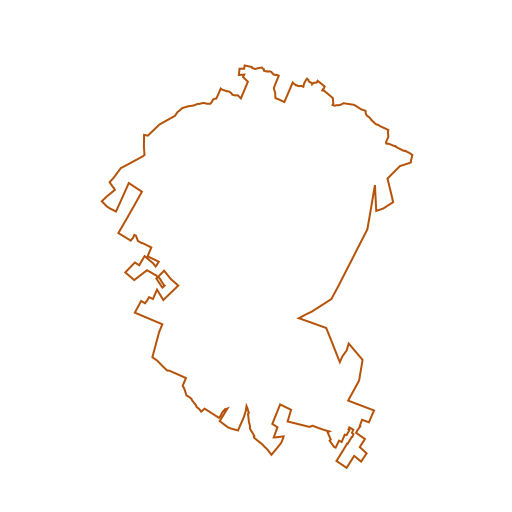 outline of Tecoh, Yucatán, Mexico, rotated 197°
{"feature_id": "50627088B87293297593146", "entity_name": "Tecoh", "entity_type": "district", "adm_level": 2, "iso_a3": "MEX", "parent_name": "Mexico", "parent_adm1": "Yucatán", "projection": "robinson", "projection_center": [-89.462, 20.666], "detail": "fine", "context": "isolated", "style": "outline", "palette": "amber", "viewbox_px": 512, "rotation_deg": 197, "n_neighbors": 0, "source": "geoboundaries", "source_scale": "gbopen_adm2", "svg_char_len": 5002}
<svg xmlns="http://www.w3.org/2000/svg" viewBox="0 0 512 512"><g transform="rotate(197 256 256)"><path d="M261.1,431.7L262.2,431.9L263.5,431.6L264.0,431.2L265.6,430.8L266.0,430.9L266.8,431.3L267.9,430.9L268.5,431.4L269.9,431.7L271.6,432.7L273.9,411.5L279.9,412.4L281.3,412.5L282.9,412.7L283.3,412.5L283.5,412.6L284.4,414.7L285.2,417.4L288.0,421.6L288.0,422.6L287.7,427.1L286.9,435.0L287.4,435.2L289.2,435.2L289.7,435.2L290.4,434.7L291.6,434.7L293.0,435.0L293.4,435.4L293.8,435.6L295.1,436.5L297.1,436.6L298.6,435.7L299.3,436.0L300.3,435.5L302.5,435.5L303.1,436.9L304.0,437.0L305.6,437.9L307.0,437.3L308.0,436.6L308.8,436.3L311.7,434.5L315.0,434.9L315.3,435.5L322.5,434.9L322.2,431.6L326.5,430.3L325.3,424.1L320.3,426.0L320.8,423.4L314.7,420.3L316.5,402.3L320.2,404.3L321.9,403.9L323.0,403.4L325.7,403.3L327.4,404.6L329.9,405.4L332.8,405.0L333.9,405.1L337.5,405.3L338.7,405.8L339.4,399.1L339.8,396.3L340.1,394.8L341.2,394.4L342.2,393.7L342.9,392.9L343.3,390.3L343.3,390.2L344.2,388.2L347.1,387.4L348.5,387.1L350.1,387.3L352.1,386.5L354.5,384.9L356.1,384.5L359.8,381.6L364.5,379.4L369.8,375.9L372.0,372.1L373.0,371.1L374.5,366.3L386.8,353.5L394.6,339.5L398.4,339.1L395.2,327.9L392.2,320.1L393.2,318.4L401.4,310.1L408.4,303.0L411.0,300.5L411.3,299.7L411.5,299.0L413.0,294.9L413.5,293.4L415.2,288.7L417.6,283.8L413.0,280.1L412.0,279.6L410.3,278.0L416.0,269.4L419.5,263.3L413.6,260.0L409.7,258.8L402.9,257.6L400.8,273.7L399.0,288.6L383.9,284.1L387.0,269.7L390.1,255.8L394.3,237.7L380.3,234.1L378.9,237.6L378.5,240.6L376.6,240.2L373.4,235.9L369.0,234.9L368.6,235.2L358.6,233.6L359.6,224.0L351.5,222.8L347.3,222.1L348.4,217.9L348.5,217.8L348.9,216.6L352.4,219.0L362.5,223.3L365.0,213.0L369.9,214.4L376.2,202.1L365.4,197.4L356.1,210.5L350.0,209.2L346.9,208.4L345.4,208.2L343.9,206.6L344.7,205.3L342.7,203.7L336.3,198.4L334.7,201.0L335.9,201.5L339.7,204.7L340.5,205.7L341.3,206.1L341.7,206.4L343.4,207.6L342.4,209.6L339.6,215.1L330.6,209.0L321.7,205.0L327.4,194.7L331.8,186.8L340.8,194.9L342.0,184.7L346.2,185.4L347.2,181.2L348.3,178.3L352.7,179.4L355.3,166.4L339.9,164.8L325.6,163.3L326.4,155.1L325.5,128.9L319.7,127.0L313.1,123.3L307.5,120.5L305.4,121.0L287.3,118.8L288.2,110.4L285.7,108.1L282.8,103.9L281.7,102.3L279.1,101.8L276.1,100.6L275.0,99.4L270.7,96.3L269.8,95.8L268.9,94.4L265.7,93.1L262.9,91.1L260.5,95.0L244.1,90.4L244.0,90.6L243.4,91.9L243.3,92.3L242.7,95.7L242.3,97.1L240.8,100.5L239.7,101.0L238.7,101.8L242.4,87.5L233.0,84.0L229.7,83.7L222.2,83.9L220.5,98.5L220.5,104.6L221.2,109.7L219.8,108.1L217.4,104.3L217.0,104.0L217.1,103.9L217.5,102.5L217.2,101.9L216.7,101.1L215.9,99.0L215.1,97.2L214.6,95.9L214.1,94.9L213.3,93.7L211.9,91.3L211.8,90.5L211.5,89.8L211.3,89.3L210.6,88.4L209.3,87.2L208.7,86.9L206.7,84.9L204.9,83.2L205.2,82.5L204.7,81.8L204.5,81.6L200.7,80.0L198.1,79.0L196.8,78.5L195.1,77.8L192.3,76.2L188.7,74.4L183.1,70.4L181.3,74.7L180.5,76.6L179.8,78.2L178.7,81.0L178.4,81.8L177.3,84.5L176.8,89.7L176.8,90.5L176.9,91.6L177.9,91.1L184.7,88.1L186.0,87.7L185.9,89.3L185.7,93.0L185.4,98.5L191.3,100.2L189.5,121.1L177.5,119.2L177.4,107.0L154.9,108.2L152.4,110.2L147.5,109.9L145.7,109.8L141.8,109.6L138.3,109.6L134.6,109.7L136.0,108.4L135.0,107.2L130.8,102.3L131.6,100.9L125.5,96.2L123.8,96.0L122.6,103.7L119.7,103.2L118.9,111.1L117.0,111.2L116.3,114.6L115.9,116.2L115.8,117.0L116.9,117.3L116.6,119.1L116.6,119.4L112.2,118.4L112.5,114.9L112.2,114.8L110.7,114.2L111.0,111.1L111.6,110.9L111.6,110.6L111.8,109.7L112.5,107.1L112.7,106.2L113.5,103.2L114.0,103.3L116.0,95.1L119.1,83.5L107.4,79.9L103.7,93.5L102.1,93.0L101.8,92.8L95.4,90.1L92.5,99.6L100.9,103.6L98.3,112.8L107.2,115.7L108.6,116.2L108.6,116.3L108.1,118.6L108.1,119.0L107.6,120.3L106.5,123.6L107.1,123.7L106.7,130.4L99.4,130.0L98.0,142.8L124.7,144.6L125.6,144.7L121.0,167.0L123.7,187.8L141.7,199.4L141.7,192.0L144.0,185.5L144.8,179.0L152.4,188.5L164.3,203.4L167.8,207.7L193.1,208.9L193.3,209.0L196.9,209.0L191.2,214.7L191.1,214.8L186.5,219.0L171.3,236.9L168.4,251.7L163.4,279.7L161.4,291.2L157.3,314.1L158.6,324.6L163.0,358.6L154.2,334.3L148.3,338.5L140.6,347.6L145.1,355.4L152.9,368.5L144.6,384.1L136.0,390.1L135.4,390.8L135.2,391.3L135.7,392.0L135.7,393.2L136.0,398.3L140.0,399.6L141.1,399.6L144.3,400.3L145.4,399.7L153.8,401.2L155.0,402.0L155.7,401.6L161.6,402.1L164.4,401.6L164.9,402.8L164.3,408.8L166.1,413.1L166.3,415.2L169.6,415.7L175.2,416.4L175.9,416.6L178.1,417.3L178.9,416.9L179.9,417.1L182.1,418.1L182.6,418.6L183.7,418.8L184.6,419.5L185.3,419.6L186.2,420.5L187.9,421.6L190.8,422.6L192.0,423.5L192.3,423.9L192.8,424.5L193.5,426.6L194.0,426.9L198.1,427.0L199.0,427.2L203.8,428.6L206.5,429.2L216.9,427.7L219.6,425.1L221.6,424.1L222.6,424.0L224.7,422.7L226.9,422.8L226.5,423.9L228.7,429.5L239.3,434.0L241.1,433.7L241.1,433.8L240.4,435.9L240.1,436.1L239.9,438.2L248.3,441.6L248.6,439.7L251.7,438.3L252.6,436.5L253.5,437.7L254.0,438.0L254.6,438.0L255.5,438.0L256.6,438.5L257.1,439.1L257.4,439.8L258.1,440.0L259.1,440.5L259.9,437.9L260.4,435.0L260.2,431.7L261.1,431.7Z" fill="none" stroke="#b45309" stroke-width="2"/></g></svg>